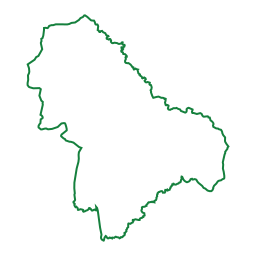 outline of Sussundenga, Manica, Mozambique
{"feature_id": "85939544B81104327117882", "entity_name": "Sussundenga", "entity_type": "district", "adm_level": 2, "iso_a3": "MOZ", "parent_name": "Mozambique", "parent_adm1": "Manica", "projection": "orthographic", "projection_center": [33.326, -19.678], "detail": "fine", "context": "isolated", "style": "outline", "palette": "green", "viewbox_px": 256, "rotation_deg": 0, "n_neighbors": 0, "source": "geoboundaries", "source_scale": "gbopen_adm2", "svg_char_len": 5810}
<svg xmlns="http://www.w3.org/2000/svg" viewBox="0 0 256 256"><path d="M208.2,116.6L207.4,116.3L204.1,116.7L203.4,116.6L202.4,115.6L201.7,114.0L201.0,113.5L200.2,113.1L196.9,114.0L193.7,113.0L192.4,113.0L192.1,112.5L192.0,111.4L192.6,110.0L192.6,109.5L188.7,107.8L187.5,108.2L186.6,109.2L186.7,110.8L186.4,111.8L185.6,112.5L184.9,112.5L180.9,110.9L180.1,109.5L178.0,108.8L176.5,107.9L175.8,108.2L173.3,108.2L172.2,109.0L171.2,109.2L170.3,109.8L169.0,109.7L168.3,109.3L167.9,108.3L168.5,106.2L168.5,105.6L167.5,105.0L166.8,104.9L166.1,105.3L165.6,104.9L165.0,102.4L165.5,101.0L165.7,98.8L165.1,98.6L164.4,98.9L163.9,98.1L162.9,97.8L161.3,97.8L158.6,96.6L156.7,96.9L153.3,97.8L152.4,96.2L151.0,92.4L151.1,91.4L150.6,90.2L151.4,89.2L151.7,87.3L151.0,85.1L149.8,84.8L149.5,84.4L149.8,82.7L147.6,82.0L146.7,82.3L145.9,82.3L144.9,81.5L144.6,80.7L145.8,79.2L145.4,78.2L144.2,77.5L143.9,77.9L143.1,78.1L142.8,77.9L142.5,78.3L142.2,78.2L142.1,77.4L141.5,76.5L140.2,75.7L140.0,74.8L139.6,74.7L139.8,74.3L138.4,73.3L137.7,70.6L137.6,69.7L137.8,69.5L136.3,69.1L135.6,68.6L134.4,69.4L133.9,69.5L133.7,69.2L133.8,68.5L133.5,67.6L133.0,67.7L132.7,67.0L132.2,66.9L132.0,66.4L130.6,64.6L128.5,63.1L127.4,63.2L125.7,62.8L125.1,62.0L125.1,60.7L125.9,58.9L125.5,57.4L125.8,56.9L126.8,56.7L126.7,55.9L125.1,54.2L123.3,54.0L122.9,52.4L121.5,51.8L121.2,51.0L121.4,50.4L122.5,50.1L123.2,49.0L122.7,48.5L121.7,48.6L121.4,47.8L121.5,47.3L123.1,47.2L124.3,46.7L124.7,45.3L124.5,44.9L123.2,44.9L122.4,44.2L122.2,43.6L122.7,42.9L122.6,42.3L122.1,42.3L121.2,43.4L119.5,43.9L118.6,43.9L117.1,43.1L114.5,42.7L112.8,43.2L111.8,42.9L110.9,41.8L111.1,40.5L110.3,39.1L109.7,39.0L109.3,39.5L108.7,39.6L108.2,39.2L107.1,39.0L106.7,38.7L106.6,38.0L106.9,37.3L108.5,36.3L108.3,35.9L106.3,35.2L105.3,33.2L103.1,32.2L102.1,30.9L100.9,31.1L100.2,32.0L99.5,32.0L99.0,31.5L98.8,30.7L97.7,30.1L98.2,26.3L97.9,25.3L97.4,24.5L96.1,24.6L95.5,24.3L94.6,21.6L94.0,20.6L91.8,20.5L90.9,20.2L87.3,16.9L85.1,15.4L84.3,15.4L82.9,17.0L80.5,18.1L79.0,19.9L75.1,22.5L71.5,22.9L69.2,24.0L67.3,24.4L55.9,24.3L53.0,25.2L51.8,25.1L50.0,25.6L49.1,26.0L48.1,27.7L47.5,28.1L45.4,27.8L44.0,28.0L44.0,30.0L43.3,35.6L42.5,38.1L41.3,38.8L41.5,41.2L40.9,42.5L40.9,43.5L42.2,49.2L38.4,56.0L36.2,57.1L34.6,59.7L27.7,64.4L29.0,68.2L29.3,71.7L29.0,73.2L28.0,75.3L28.2,79.9L27.6,83.0L27.6,85.1L28.8,86.8L29.8,87.3L33.3,88.3L39.4,88.1L40.8,89.2L39.4,95.7L41.3,100.6L42.8,101.9L42.6,103.6L42.8,104.7L40.5,114.8L41.3,115.2L42.3,116.3L42.7,117.3L42.5,118.2L40.7,119.4L40.4,123.2L39.4,124.3L38.6,125.8L38.5,126.7L38.6,127.5L40.9,129.4L42.0,129.4L44.4,128.7L45.8,128.5L46.6,128.6L47.3,129.1L48.3,129.3L52.1,128.9L57.7,127.0L61.4,123.5L63.6,123.1L64.8,123.2L65.4,124.1L66.2,126.7L66.7,129.0L66.7,130.4L61.6,134.5L61.1,135.6L61.2,136.3L63.6,138.4L65.0,139.1L65.7,140.4L69.4,141.7L70.9,141.8L73.5,142.6L79.0,147.0L81.4,147.9L78.9,152.2L78.6,154.9L78.8,158.8L78.4,162.0L76.7,168.4L74.4,182.6L74.3,188.2L74.8,193.4L74.4,194.7L75.1,199.9L74.7,200.7L73.5,201.8L73.5,202.6L74.7,203.7L74.7,204.3L74.3,204.9L75.0,206.6L75.7,207.2L76.3,206.7L77.2,207.6L77.7,208.2L77.9,209.8L78.5,209.9L80.5,209.2L82.7,209.7L83.2,210.0L83.1,211.4L83.5,211.7L84.9,211.3L86.1,210.6L87.6,210.1L88.8,208.9L88.9,208.3L89.2,208.0L89.8,208.1L89.9,208.9L91.1,209.2L91.5,210.2L92.0,210.6L92.7,210.5L93.6,209.9L95.0,209.5L95.4,210.2L96.4,210.4L97.1,210.0L96.5,209.0L96.2,206.9L97.1,208.0L97.8,210.7L100.1,227.7L101.5,234.7L101.0,237.1L101.1,238.3L101.8,239.6L102.8,240.0L103.4,240.6L103.8,240.5L104.6,237.5L105.7,236.0L106.4,236.5L106.9,237.6L108.0,238.4L108.9,238.2L109.3,237.7L109.8,237.5L110.7,238.0L111.7,237.8L112.1,238.3L112.5,237.6L114.3,237.8L115.0,237.1L115.8,236.7L116.5,237.1L118.8,237.5L119.5,238.3L120.5,237.9L121.0,237.1L122.2,237.2L123.0,236.5L123.4,235.8L124.5,235.3L124.9,233.8L124.5,233.5L124.4,233.0L125.6,232.2L126.5,231.1L126.2,230.0L127.0,229.0L127.2,228.0L128.2,227.2L128.2,224.0L128.5,223.5L130.5,223.8L131.6,222.8L132.6,222.6L133.4,221.1L132.7,220.2L132.8,219.9L134.3,219.8L135.0,219.4L135.5,219.3L138.5,220.0L139.6,220.0L139.7,219.1L140.3,218.3L142.3,217.7L142.5,217.2L143.3,217.0L143.2,216.2L144.6,215.5L144.3,213.2L142.5,212.5L141.6,211.2L141.4,210.4L142.0,208.9L141.9,207.4L142.5,206.9L144.8,206.7L145.5,206.1L146.5,205.9L146.5,204.7L147.5,203.9L148.1,202.8L148.6,202.3L149.4,202.4L150.3,202.0L151.2,202.1L152.1,201.6L153.0,202.2L153.6,202.0L154.4,202.3L154.3,201.0L156.0,200.0L156.5,198.7L156.4,197.6L157.2,196.3L157.0,195.6L157.2,194.3L157.7,193.9L157.6,193.2L158.6,192.1L159.3,192.0L160.3,191.4L161.9,191.1L162.7,191.9L162.9,192.7L164.7,192.7L165.3,191.7L165.1,190.6L165.3,189.9L166.4,190.0L167.1,189.6L167.3,190.5L167.5,190.6L169.0,189.9L169.6,189.8L170.0,188.7L170.5,188.0L170.4,187.4L171.6,186.3L171.5,185.8L172.2,185.2L172.3,184.3L172.6,184.3L172.7,184.8L173.1,184.7L173.4,183.7L173.6,183.7L173.8,184.0L174.9,184.6L175.9,184.6L177.5,183.7L178.5,183.5L179.3,182.5L180.3,182.3L180.7,181.9L181.0,180.0L181.7,178.9L181.4,177.3L181.6,176.6L182.2,176.8L183.5,179.7L184.7,181.0L186.5,182.1L187.5,182.1L189.2,181.3L189.8,180.7L190.6,179.2L191.2,178.9L192.1,178.8L192.4,179.5L192.8,179.6L194.7,179.1L195.9,179.5L196.3,179.7L197.4,181.6L198.5,182.9L202.2,185.9L203.6,187.9L205.3,188.6L207.5,190.5L209.4,191.1L211.3,191.1L212.0,190.6L212.6,189.9L213.3,188.2L213.2,187.6L214.1,185.7L216.3,183.6L217.8,181.4L219.0,180.7L221.0,180.3L222.5,179.2L224.0,178.6L224.3,178.0L224.3,175.8L223.7,171.8L222.9,168.5L223.2,164.7L222.8,162.3L224.6,154.4L225.2,153.2L225.2,151.8L227.4,148.8L227.6,147.5L228.4,146.5L226.5,144.0L225.2,141.8L225.0,140.9L225.1,137.4L223.2,135.1L222.3,133.1L222.2,132.1L221.7,130.9L221.0,129.8L218.8,129.2L218.1,128.6L216.2,128.4L213.3,126.8L213.0,125.3L213.5,124.2L213.4,123.3L212.3,121.7L210.5,120.3L209.8,117.6L208.5,117.5L208.2,116.6Z" fill="none" stroke="#15803d" stroke-width="2"/></svg>